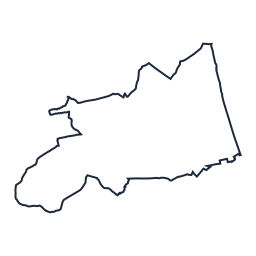 outline of Ilisesti, Suceava, Romania
{"feature_id": "2599482B56962493050937", "entity_name": "Ilisesti", "entity_type": "district", "adm_level": 2, "iso_a3": "ROU", "parent_name": "Romania", "parent_adm1": "Suceava", "projection": "mercator", "projection_center": [26.04, 47.611], "detail": "fine", "context": "isolated", "style": "outline", "palette": "slate", "viewbox_px": 256, "rotation_deg": 0, "n_neighbors": 0, "source": "geoboundaries", "source_scale": "gbopen_adm2", "svg_char_len": 5656}
<svg xmlns="http://www.w3.org/2000/svg" viewBox="0 0 256 256"><path d="M50.1,212.3L52.2,211.8L52.7,211.8L53.8,211.8L54.4,211.7L55.3,211.0L56.1,210.7L58.2,210.4L59.6,209.9L60.4,209.3L60.9,208.4L62.5,202.2L63.1,200.9L63.6,200.1L65.3,198.9L80.0,190.2L80.8,189.5L81.8,188.3L85.1,183.3L85.5,182.3L85.6,181.3L85.8,179.3L85.9,177.9L86.4,176.8L87.2,175.7L87.5,175.3L90.8,176.3L97.2,178.1L97.2,178.7L98.7,180.0L100.4,183.7L101.8,185.7L104.0,188.0L106.1,188.2L107.8,188.2L109.1,188.6L110.5,189.6L112.0,191.2L114.7,193.1L116.3,194.6L116.7,194.4L117.5,195.2L118.4,194.5L118.9,193.6L119.4,193.8L119.9,193.7L119.8,192.9L120.1,192.7L121.3,192.8L123.4,191.9L123.7,190.8L124.5,189.8L124.5,188.1L124.3,187.4L124.5,186.8L124.8,186.8L125.1,187.1L125.5,186.9L125.2,185.6L125.5,185.3L126.0,184.5L127.1,183.8L127.8,183.4L128.0,182.7L127.9,181.9L128.8,180.6L128.8,179.7L128.0,178.7L135.6,178.4L142.9,178.5L149.7,178.4L152.4,178.2L157.3,177.9L158.5,178.3L159.5,178.2L161.1,177.7L164.9,177.9L166.5,178.3L168.4,178.9L169.4,179.8L169.9,180.2L170.5,180.5L170.9,180.6L171.3,180.5L177.1,177.3L178.0,176.9L178.6,176.7L179.1,176.6L179.2,176.8L183.1,175.7L187.5,174.2L188.5,174.8L189.1,174.9L190.5,174.9L191.4,175.0L192.8,171.9L193.8,173.4L194.6,174.4L196.9,176.5L201.6,171.0L203.5,168.6L206.4,170.1L207.8,168.8L210.2,167.0L207.3,166.0L214.8,164.4L220.3,163.6L219.7,160.5L227.0,158.8L227.8,162.2L231.7,161.3L231.9,161.8L235.0,159.6L234.6,158.5L234.9,158.2L233.8,156.8L238.5,153.8L239.6,155.3L240.6,155.1L240.5,154.8L240.0,153.2L239.5,151.8L236.4,142.8L235.4,140.1L233.4,133.9L232.4,130.7L230.9,125.8L227.8,115.5L226.8,112.4L226.2,110.4L223.9,102.9L223.1,100.0L222.3,96.5L222.1,95.2L222.2,94.3L221.4,92.3L220.8,89.2L220.8,88.9L220.3,86.2L220.2,85.7L220.1,85.1L220.0,84.7L220.1,84.0L220.0,83.1L219.8,82.7L219.0,80.3L218.5,78.7L217.7,75.6L217.4,74.4L217.3,73.8L217.1,73.0L216.9,72.5L216.6,71.3L216.3,70.0L216.5,69.7L216.7,69.3L216.6,69.0L216.5,68.7L216.4,68.5L216.2,68.1L216.2,67.9L216.3,67.5L216.5,67.3L216.6,66.4L216.5,66.0L216.5,65.8L216.4,65.2L216.2,64.6L216.2,64.3L215.6,63.7L215.4,63.4L214.8,61.1L214.6,60.3L214.5,59.7L213.7,56.3L213.5,55.3L213.2,54.1L213.1,53.0L212.9,52.1L212.9,51.4L212.4,50.0L212.3,49.4L212.0,48.4L211.4,47.1L211.3,46.8L211.4,46.1L211.3,45.6L211.3,45.2L211.4,44.2L211.5,43.9L208.7,44.2L206.3,43.8L205.2,43.8L204.3,43.8L203.9,43.8L203.0,43.7L201.2,47.7L200.8,48.3L200.6,48.6L196.7,51.8L195.6,52.6L194.9,53.3L190.9,56.1L190.0,56.6L188.3,57.9L184.6,60.2L182.9,60.9L181.0,61.2L180.4,61.4L180.2,61.6L180.0,61.8L180.0,63.2L179.9,64.5L178.2,67.0L177.1,68.9L176.7,69.9L176.1,71.9L175.8,72.6L175.4,73.2L174.1,74.2L173.7,74.5L171.6,77.3L170.5,78.9L166.6,76.2L162.8,73.5L156.3,68.9L151.1,64.9L148.8,63.1L146.7,64.7L145.8,65.2L141.9,66.7L141.9,67.5L141.6,68.2L140.6,69.2L139.6,69.9L139.3,70.2L139.2,70.6L139.0,71.1L138.9,71.6L138.8,72.5L138.6,75.4L138.1,79.9L137.4,81.5L137.2,81.6L136.5,84.1L136.3,85.2L136.1,86.5L135.9,88.1L135.8,88.4L135.1,89.4L133.7,90.7L131.5,92.3L130.6,93.2L127.8,96.6L126.7,96.7L126.4,95.9L126.1,95.5L125.2,93.9L124.9,93.5L124.7,93.6L123.6,96.6L123.5,97.4L123.3,97.5L122.4,96.8L117.8,93.8L115.3,94.2L114.9,94.3L113.3,93.7L113.2,93.7L112.2,94.2L111.5,94.8L110.5,95.2L108.5,96.1L95.5,99.6L86.1,101.1L80.4,102.7L78.0,103.0L75.4,100.2L75.0,99.9L72.9,98.9L72.6,99.1L71.9,99.1L71.5,99.0L69.5,97.4L68.9,97.0L68.4,96.9L67.8,96.8L67.8,97.0L68.3,97.1L68.7,97.3L68.8,97.6L68.5,98.3L68.5,98.7L68.2,99.2L68.1,99.6L68.0,100.3L67.4,100.9L67.2,101.3L67.1,101.9L67.0,102.6L66.8,103.0L66.6,103.3L66.3,103.7L66.2,103.9L66.0,104.1L65.7,105.1L65.6,105.4L65.3,105.6L64.9,105.7L64.5,105.8L64.2,106.0L63.8,106.2L63.3,106.2L62.8,106.4L62.7,106.6L62.3,107.0L61.2,107.4L60.7,107.8L59.9,108.2L59.6,108.4L59.4,108.6L58.8,108.5L58.3,108.6L57.8,108.6L57.6,108.8L57.4,109.2L57.2,109.4L56.8,109.4L56.4,109.1L56.0,109.0L55.3,109.1L54.9,109.3L54.6,109.3L54.1,109.1L53.7,109.1L53.3,109.2L52.9,109.4L51.5,109.6L50.9,110.0L49.8,110.3L49.7,110.4L49.5,110.6L49.4,110.9L49.2,111.2L49.2,111.5L49.5,112.1L49.5,112.6L50.0,113.5L50.0,113.8L50.0,114.0L50.1,114.3L50.3,114.5L50.5,114.7L50.8,114.7L51.3,114.8L52.0,114.6L53.9,114.1L54.5,114.0L55.1,113.7L55.6,113.6L57.1,113.6L57.9,113.3L58.4,113.1L58.6,113.1L58.8,113.3L59.1,113.4L59.3,113.4L60.0,113.2L60.3,113.0L60.8,112.9L61.5,113.1L62.9,112.7L63.7,112.6L64.6,112.4L65.4,112.3L66.0,112.4L66.6,112.4L67.5,112.1L68.0,111.9L68.8,111.7L69.1,111.7L69.1,112.1L69.1,112.8L69.0,114.1L68.9,115.9L68.7,116.5L68.7,117.5L69.1,118.1L70.2,118.4L71.3,119.1L71.5,119.5L71.6,119.9L71.6,120.3L71.7,120.7L71.8,121.2L71.5,122.4L71.5,123.1L71.5,124.2L71.6,125.1L71.9,125.9L72.5,127.0L73.2,127.9L74.1,128.9L75.4,129.6L77.3,130.4L77.8,130.7L78.4,131.3L80.0,133.4L81.0,134.4L78.6,134.7L77.3,134.7L76.6,134.8L75.9,135.1L73.8,135.5L67.4,136.5L65.2,137.1L60.0,138.1L58.9,138.4L57.9,138.6L57.7,138.8L57.9,139.1L57.9,139.4L57.7,139.7L57.3,140.3L58.0,142.7L58.4,145.0L58.7,145.7L57.8,145.8L56.7,146.0L55.8,147.1L53.2,148.7L51.2,149.8L49.8,151.0L48.8,151.4L47.2,152.3L40.0,156.9L37.5,159.0L37.0,160.5L36.7,161.6L36.2,163.4L35.7,164.4L34.2,165.1L33.5,165.5L32.5,166.3L30.8,167.0L30.4,167.4L28.7,167.9L27.7,168.6L26.7,169.5L26.4,170.4L25.9,171.9L25.3,172.9L24.1,174.6L23.4,175.9L22.7,177.0L22.2,177.9L22.1,178.4L21.9,179.9L21.2,181.2L20.1,182.4L16.1,185.0L15.9,186.1L15.6,188.1L15.4,190.1L15.6,192.7L15.5,196.1L15.6,197.6L15.9,198.7L16.2,199.1L16.7,199.5L18.1,201.9L18.7,202.7L19.6,203.6L22.4,204.8L23.7,205.2L25.1,205.2L26.1,205.4L27.3,206.1L29.1,206.5L32.2,206.0L33.3,205.8L35.1,205.9L36.4,206.1L37.0,206.1L38.0,206.0L38.8,205.6L39.1,205.6L40.5,206.0L41.9,207.0L44.1,209.3L44.9,210.0L46.5,210.8L46.4,211.0L48.9,211.9L50.1,212.3Z" fill="none" stroke="#1e293b" stroke-width="2"/></svg>